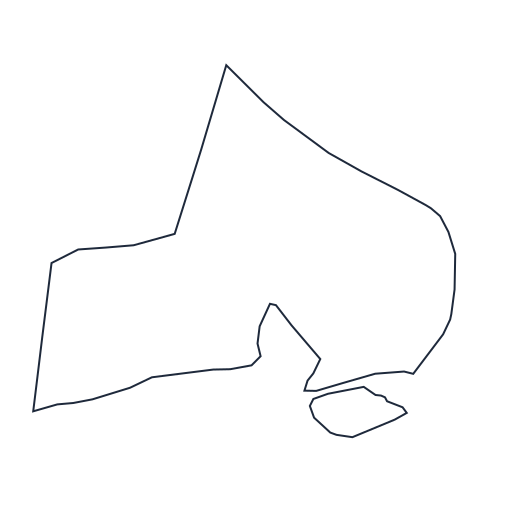 Kuwait, Equal Earth projection, rotated 98°
{"feature_id": "KWT", "entity_name": "Kuwait", "entity_type": "country or territory", "adm_level": 0, "iso_a3": "KWT", "parent_name": "Asia", "parent_adm1": "", "projection": "equal_earth", "projection_center": [47.815, 29.315], "detail": "fine", "context": "isolated", "style": "outline", "palette": "slate", "viewbox_px": 512, "rotation_deg": 98, "n_neighbors": 0, "source": "natural_earth", "source_scale": "50m", "svg_char_len": 955}
<svg xmlns="http://www.w3.org/2000/svg" viewBox="0 0 512 512"><g transform="rotate(98 256 256)"><path d="M440.8,455.0L407.2,455.6L364.7,456.4L330.3,456.9L291.4,457.5L274.3,433.0L268.6,406.2L262.4,378.7L245.4,339.6L188.5,330.1L158.3,325.1L108.5,317.6L71.2,312.0L102.7,269.9L117.4,247.3L143.9,198.3L157.5,163.5L170.7,124.9L182.0,94.9L184.4,89.4L190.9,79.2L205.4,68.8L226.2,59.0L261.5,54.7L286.3,54.5L291.9,54.9L307.5,59.8L350.8,83.9L349.8,93.3L356.0,121.6L369.8,152.5L381.2,177.6L382.6,189.3L372.2,187.6L364.3,182.9L349.1,178.0L319.7,211.2L301.9,229.4L301.4,235.5L325.1,242.6L342.5,242.3L354.6,237.5L364.9,245.2L371.7,265.8L374.4,282.5L390.6,342.2L404.0,362.4L420.7,398.0L427.0,416.5L430.6,432.1L440.8,455.0ZM408.0,176.0L397.0,181.8L389.6,179.3L382.4,165.5L370.6,131.1L377.0,118.3L376.8,112.8L378.0,108.6L381.6,106.0L385.4,89.8L390.4,84.9L398.7,95.8L422.0,135.3L421.9,151.4L420.5,157.9L408.0,176.0Z" fill="none" stroke="#1e293b" stroke-width="2"/></g></svg>